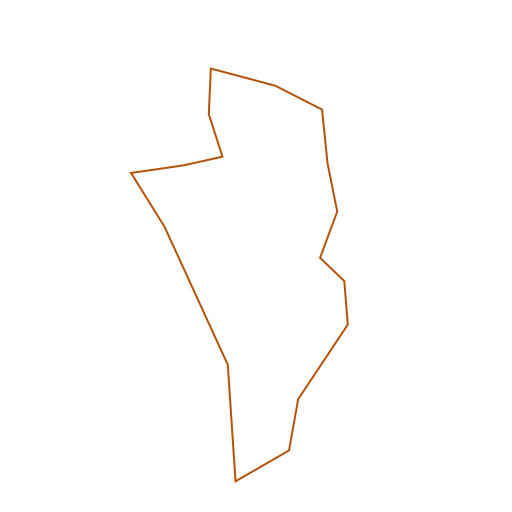 the border of Eastern, rotated 60°
{"feature_id": "HKG-5155", "entity_name": "Eastern", "entity_type": "state/province", "adm_level": 1, "iso_a3": "HKG", "parent_name": "Hong Kong S.A.R.", "parent_adm1": "", "projection": "natural_earth1", "projection_center": [114.211, 22.27], "detail": "fine", "context": "isolated", "style": "outline", "palette": "amber", "viewbox_px": 512, "rotation_deg": 60, "n_neighbors": 0, "source": "natural_earth", "source_scale": "10m", "svg_char_len": 379}
<svg xmlns="http://www.w3.org/2000/svg" viewBox="0 0 512 512"><g transform="rotate(60 256 256)"><path d="M71.1,201.4L118.4,154.0L162.3,125.6L211.2,147.6L258.1,163.4L289.6,201.4L321.9,192.1L361.3,210.8L401.1,291.1L440.9,324.6L440.9,386.4L336.1,334.8L185.0,320.6L121.6,322.7L141.3,273.3L153.2,235.4L109.5,225.9L71.1,201.4Z" fill="none" stroke="#b45309" stroke-width="2"/></g></svg>